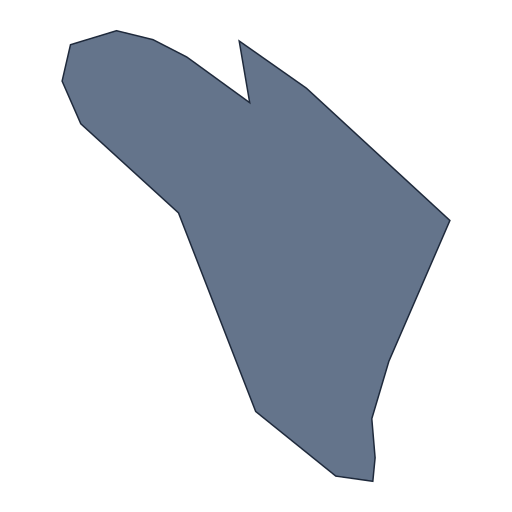 the Emirate of Neutral Zone
{"feature_id": "ARE-347", "entity_name": "Neutral Zone", "entity_type": "Emirate", "adm_level": 1, "iso_a3": "ARE", "parent_name": "United Arab Emirates", "parent_adm1": "", "projection": "mercator", "projection_center": [56.031, 24.808], "detail": "fine", "context": "isolated", "style": "filled", "palette": "slate", "viewbox_px": 512, "rotation_deg": 0, "n_neighbors": 0, "source": "natural_earth", "source_scale": "10m", "svg_char_len": 350}
<svg xmlns="http://www.w3.org/2000/svg" viewBox="0 0 512 512"><path d="M249.7,102.7L239.2,41.0L306.4,88.2L449.9,220.5L388.9,361.2L371.8,418.7L375.1,457.8L372.9,480.5L372.8,481.3L335.8,476.1L255.7,411.5L178.5,212.9L80.8,123.8L62.1,81.1L70.5,44.7L116.5,30.7L153.1,39.7L186.9,57.1L249.7,102.7Z" fill="#64748b" stroke="#1e293b" stroke-width="1.5"/></svg>